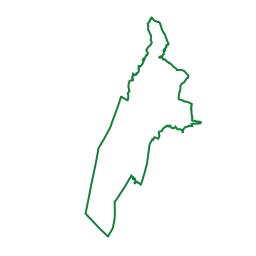 Vadu Sapat, Prahova, Romania, rotated 62°
{"feature_id": "2599482B9127091814078", "entity_name": "Vadu Sapat", "entity_type": "district", "adm_level": 2, "iso_a3": "ROU", "parent_name": "Romania", "parent_adm1": "Prahova", "projection": "robinson", "projection_center": [26.374, 45.031], "detail": "fine", "context": "isolated", "style": "outline", "palette": "green", "viewbox_px": 256, "rotation_deg": 62, "n_neighbors": 0, "source": "geoboundaries", "source_scale": "gbopen_adm2", "svg_char_len": 5373}
<svg xmlns="http://www.w3.org/2000/svg" viewBox="0 0 256 256"><g transform="rotate(62 128 128)"><path d="M183.7,205.7L203.5,200.2L207.3,199.0L214.3,196.5L209.3,188.4L202.6,183.0L200.8,181.8L198.6,180.4L189.8,175.9L186.7,174.3L186.9,174.0L183.5,167.6L182.6,166.2L179.8,160.9L176.1,154.6L173.8,150.9L172.5,148.5L172.1,148.3L171.5,147.4L171.6,147.2L172.8,147.9L173.1,147.7L173.2,147.2L173.5,146.6L173.8,146.5L174.5,146.9L175.1,147.6L175.5,147.7L175.9,147.4L176.3,146.5L175.6,146.0L175.6,145.8L175.7,145.7L175.9,145.7L176.4,145.7L177.6,146.1L178.5,146.8L179.4,147.9L179.7,148.1L179.8,148.1L180.1,147.9L179.7,146.7L179.6,145.7L179.6,145.3L179.7,145.2L179.9,145.1L180.4,145.1L181.0,145.0L181.3,144.4L183.3,143.5L184.1,143.3L184.1,143.2L181.4,140.4L177.9,137.0L175.1,134.2L168.1,127.7L165.5,125.9L158.7,121.0L157.1,119.8L155.2,118.5L152.5,116.5L149.5,111.9L150.2,111.6L148.6,109.0L149.5,108.1L151.4,106.5L151.4,106.4L151.6,106.3L150.4,104.7L149.7,104.0L149.7,103.9L147.8,103.5L146.9,103.2L145.9,102.5L146.5,99.2L146.3,99.1L145.9,98.7L145.5,98.4L145.4,97.9L145.0,97.4L144.9,97.1L144.8,96.9L144.8,96.1L144.5,94.6L144.5,94.4L144.7,94.1L144.7,93.8L144.2,93.2L144.1,92.9L144.6,91.9L144.9,91.9L145.6,91.9L145.8,91.7L145.9,91.3L145.6,90.8L145.4,90.3L145.5,89.9L145.7,89.6L146.0,89.5L147.3,89.6L148.0,89.5L148.7,89.1L149.3,88.4L149.5,88.0L149.2,87.4L149.8,86.7L149.7,86.2L149.9,85.7L149.5,85.4L151.5,85.1L152.4,84.9L152.9,84.2L153.0,83.5L153.1,83.1L153.3,82.9L154.1,82.3L154.4,81.9L154.9,81.3L157.4,81.8L157.5,81.6L156.0,80.4L155.0,79.5L154.1,77.0L154.7,75.3L154.8,73.9L154.5,73.4L155.1,73.1L155.8,71.1L156.3,70.4L155.1,70.2L154.3,70.1L154.3,69.3L154.5,68.6L155.5,67.5L155.6,66.6L156.6,65.2L157.8,62.2L157.5,61.4L157.3,61.1L157.0,60.9L156.7,61.0L155.6,62.6L155.2,63.0L155.0,63.6L154.2,64.7L153.3,65.5L152.5,66.4L152.2,67.3L151.8,67.6L151.3,67.8L151.1,67.4L150.5,67.3L149.4,66.8L149.3,66.4L149.2,66.3L148.0,66.2L147.7,66.0L147.5,65.7L146.8,65.7L145.8,65.3L144.7,65.1L144.4,64.9L144.0,64.5L142.8,64.1L142.6,63.8L141.9,63.8L141.7,63.6L141.3,63.7L141.0,63.3L139.3,62.5L139.0,62.2L138.8,61.7L137.7,61.4L137.4,61.0L137.0,60.8L136.9,60.4L135.2,61.4L132.6,63.6L132.0,64.3L132.0,64.6L131.7,64.8L131.2,65.5L130.5,66.4L130.0,66.1L127.1,68.9L126.4,69.6L124.9,69.0L123.9,68.3L122.2,67.1L121.1,66.3L119.5,64.6L118.8,63.9L116.7,62.6L115.5,62.1L115.2,61.8L115.0,61.4L114.9,61.0L114.6,60.5L114.0,59.1L114.0,58.4L114.1,57.2L112.2,53.8L111.6,52.3L111.6,51.9L111.8,51.3L111.5,51.0L110.2,50.3L109.2,50.3L107.7,50.8L106.6,50.9L105.7,51.2L104.9,51.3L104.6,51.3L103.2,52.4L102.2,53.0L101.2,54.4L101.1,54.6L100.9,55.6L99.8,57.6L99.7,57.7L98.5,57.5L97.6,57.8L95.4,59.0L91.1,60.2L90.9,60.6L90.3,61.2L90.1,61.3L89.9,61.0L89.7,60.9L89.4,61.5L89.0,61.6L87.8,62.4L86.9,62.4L86.3,62.6L86.0,62.8L85.9,63.2L85.8,63.3L85.0,63.1L84.6,63.1L84.3,63.9L84.1,64.2L84.0,64.8L83.9,64.9L83.6,64.9L82.7,64.7L82.0,64.7L81.5,65.0L81.4,65.5L80.9,65.6L80.7,65.8L80.6,66.0L80.9,66.5L80.9,66.9L80.7,67.1L80.2,67.2L80.0,66.4L80.0,66.2L80.3,65.3L80.3,64.6L80.8,64.1L80.8,63.9L80.7,63.7L80.0,63.3L79.9,63.1L79.7,62.0L78.7,61.3L78.3,60.6L77.5,60.3L76.5,60.5L76.2,60.3L76.0,59.7L76.3,59.3L76.8,59.0L76.9,58.7L75.7,58.7L75.3,58.6L75.3,58.4L75.4,57.7L75.3,57.4L74.7,57.1L74.1,56.6L74.1,56.4L74.4,56.0L74.3,55.9L72.7,55.0L73.1,54.3L73.4,53.8L73.2,53.3L73.0,53.0L72.8,52.8L71.6,52.8L70.5,52.5L69.1,52.6L68.6,52.5L67.5,52.1L65.4,52.1L64.9,51.8L64.4,51.7L63.7,51.5L60.1,51.8L56.9,51.8L56.7,51.7L56.1,51.6L55.2,51.6L54.8,51.3L54.0,51.0L53.5,51.0L52.6,51.0L50.7,50.6L49.4,50.8L48.6,51.2L48.3,51.6L48.3,52.2L47.9,52.3L47.4,52.8L47.0,53.0L46.7,53.6L46.3,53.9L44.7,54.6L42.4,55.0L42.7,55.7L41.7,55.8L43.4,58.7L44.2,58.8L44.4,59.3L44.5,60.1L44.9,61.2L45.0,61.6L47.9,62.4L48.2,62.6L48.7,63.0L49.5,63.4L50.5,64.1L50.8,64.2L52.1,64.0L55.1,64.3L56.8,64.2L57.4,64.4L58.0,64.8L59.1,65.2L59.8,65.6L60.1,65.8L60.4,66.4L60.7,66.6L61.2,66.7L62.7,66.7L63.3,66.8L63.8,67.0L64.1,67.3L64.8,68.5L65.3,69.3L65.8,71.3L66.4,72.6L66.6,73.2L67.1,74.0L67.3,74.6L67.6,75.1L68.1,75.3L68.5,75.4L69.8,75.4L70.8,75.3L71.2,75.3L71.8,75.7L72.3,76.4L72.7,77.1L72.2,77.5L72.3,77.6L72.6,78.1L73.0,78.5L73.4,79.2L73.4,79.5L73.8,79.8L74.2,80.2L74.6,80.3L74.7,81.6L74.1,81.8L74.6,83.0L76.1,82.3L76.5,83.5L77.6,84.4L78.5,85.7L78.8,86.6L79.4,87.7L79.5,88.3L78.5,88.8L78.3,89.2L78.3,89.5L78.8,89.7L79.3,90.1L79.9,90.3L80.4,90.7L80.7,90.7L81.0,91.1L81.4,91.0L81.8,91.0L82.3,91.5L82.7,91.7L82.9,91.9L83.2,92.5L83.6,92.9L83.8,93.3L83.9,93.6L83.7,94.0L83.7,94.9L84.0,95.4L84.4,95.3L84.8,95.5L84.8,96.0L84.3,96.4L84.3,96.6L84.0,96.9L83.9,97.3L83.7,97.5L83.3,97.7L83.9,97.8L83.5,98.3L83.3,98.2L83.1,98.5L83.3,98.6L83.8,98.6L84.0,99.2L84.5,99.2L84.9,100.1L85.3,100.8L85.5,101.0L86.0,100.7L86.4,100.6L87.0,100.6L87.8,100.9L87.8,101.1L88.1,101.1L88.2,101.4L87.7,101.7L87.6,101.9L87.8,102.4L87.8,102.7L87.2,103.4L87.1,104.4L87.3,104.6L87.4,104.8L88.5,105.9L89.9,107.0L90.8,107.8L92.1,108.3L92.7,108.6L94.4,108.9L95.0,109.4L95.3,109.5L96.2,109.5L96.3,109.7L96.6,110.2L96.9,111.1L97.0,111.7L99.9,112.7L102.7,114.5L103.1,114.9L103.3,115.3L103.0,115.7L100.1,117.5L97.2,119.2L97.2,119.7L97.4,120.0L97.9,120.2L103.4,126.0L109.6,132.8L115.3,139.3L116.4,140.4L119.0,143.2L120.1,144.7L120.7,145.8L121.8,147.3L122.6,148.4L123.4,149.9L123.8,150.3L123.8,150.5L124.6,151.6L126.5,154.4L131.9,163.4L142.9,172.1L161.7,187.8L165.3,190.7L165.9,191.1L183.7,205.7Z" fill="none" stroke="#15803d" stroke-width="2"/></g></svg>